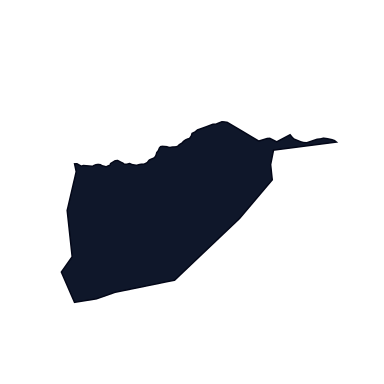 outline of Açu, Rio Grande do Norte, Brazil, rotated 246°
{"feature_id": "56859067B3651056164535", "entity_name": "Açu", "entity_type": "district", "adm_level": 2, "iso_a3": "BRA", "parent_name": "Brazil", "parent_adm1": "Rio Grande do Norte", "projection": "natural_earth1", "projection_center": [-36.933, -5.592], "detail": "fine", "context": "isolated", "style": "filled", "palette": "ink", "viewbox_px": 384, "rotation_deg": 246, "n_neighbors": 0, "source": "geoboundaries", "source_scale": "gbopen_adm2", "svg_char_len": 1478}
<svg xmlns="http://www.w3.org/2000/svg" viewBox="0 0 384 384"><g transform="rotate(246 192 192)"><path d="M172.0,40.1L139.0,39.8L133.3,61.2L131.7,80.8L120.4,132.0L118.5,140.2L127.3,164.9L134.6,185.5L148.5,224.7L167.2,263.4L170.5,270.3L172.5,270.9L185.1,275.0L197.1,283.5L178.9,344.2L181.0,343.1L182.9,341.1L185.8,337.1L187.7,334.0L188.2,331.1L189.3,327.7L190.3,316.9L191.8,314.0L193.6,311.8L198.9,306.7L201.0,305.8L204.4,304.9L203.4,289.8L209.4,284.9L210.3,282.5L211.4,273.7L219.0,268.3L226.7,262.9L241.3,252.5L243.0,249.8L244.0,247.9L244.2,243.4L244.2,241.5L245.4,238.6L245.7,233.0L245.8,231.3L246.3,224.6L246.5,222.3L245.6,219.2L245.5,215.9L243.5,214.2L241.9,211.5L242.2,209.6L242.2,207.3L241.7,204.8L240.8,202.9L240.4,199.7L239.5,197.3L240.0,195.0L241.1,192.3L241.5,190.5L242.1,189.1L243.7,187.3L244.7,185.5L245.8,183.4L246.2,181.8L245.5,180.2L243.5,178.1L242.4,175.9L240.9,174.7L239.7,173.5L238.9,172.2L238.5,170.8L238.6,168.2L238.6,166.1L238.0,164.8L237.1,163.2L236.9,160.5L237.1,158.9L238.0,157.0L238.5,155.0L238.9,152.2L241.5,148.3L243.4,146.6L243.9,143.5L244.9,141.4L246.5,140.6L248.2,139.1L249.5,138.1L251.1,136.8L251.8,134.4L251.1,129.2L249.8,128.1L250.0,126.2L249.9,123.8L251.2,122.3L252.6,120.5L254.2,119.4L255.4,117.4L256.0,115.3L256.1,113.1L255.9,111.6L257.0,109.7L260.4,103.5L260.6,101.5L262.0,100.3L264.6,98.4L265.5,96.2L257.7,94.5L251.3,89.7L249.9,88.6L227.9,72.0L226.0,70.5L181.6,56.2L172.0,40.1Z" fill="#0f172a" stroke="#020617" stroke-width="1.5"/></g></svg>